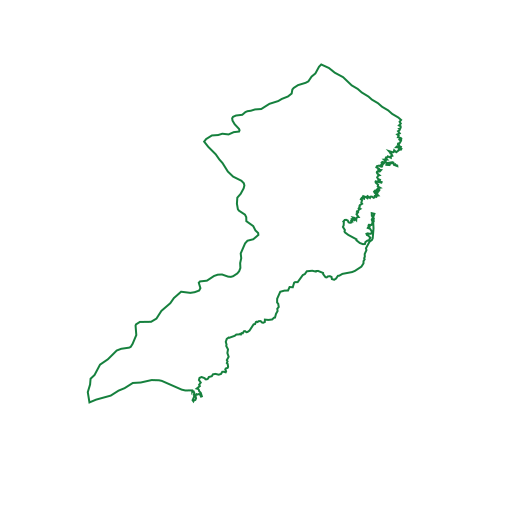 outline of Sabana de la Mar, Hato Mayor, Dominican Republic, rotated 114°
{"feature_id": "3306468B29734552826956", "entity_name": "Sabana de la Mar", "entity_type": "district", "adm_level": 2, "iso_a3": "DOM", "parent_name": "Dominican Republic", "parent_adm1": "Hato Mayor", "projection": "equal_earth", "projection_center": [-69.405, 19.01], "detail": "fine", "context": "isolated", "style": "outline", "palette": "green", "viewbox_px": 512, "rotation_deg": 114, "n_neighbors": 0, "source": "geoboundaries", "source_scale": "gbopen_adm2", "svg_char_len": 6107}
<svg xmlns="http://www.w3.org/2000/svg" viewBox="0 0 512 512"><g transform="rotate(114 256 256)"><path d="M406.0,259.0L405.3,258.9L405.0,258.0L406.4,256.5L407.9,256.5L407.9,255.9L410.0,255.3L413.5,255.3L414.2,254.1L413.3,254.1L412.2,252.9L410.4,252.9L408.4,254.4L406.4,254.1L406.4,253.2L405.3,252.0L405.3,250.8L406.8,249.0L406.2,248.4L403.5,250.8L402.6,252.9L401.5,253.8L401.0,254.7L401.2,256.2L397.7,254.4L396.8,255.6L394.1,255.0L392.5,257.7L390.3,258.0L388.7,256.5L388.5,253.2L389.2,252.0L388.7,250.8L387.4,249.9L385.8,249.9L383.8,247.5L381.6,247.2L380.2,245.1L379.6,241.8L378.0,240.0L375.5,239.7L374.9,238.5L374.6,236.4L373.5,236.4L372.2,237.9L371.1,237.9L369.7,236.4L368.6,236.4L366.2,237.9L365.7,239.1L363.9,239.1L363.0,240.3L359.2,240.0L356.3,242.7L352.7,243.6L350.3,246.6L348.9,246.9L346.7,248.7L343.6,249.0L341.6,247.8L341.6,247.2L337.6,243.0L335.8,242.1L334.4,239.4L333.5,238.8L333.8,237.9L332.2,237.6L332.0,236.7L329.7,236.4L329.1,235.5L329.5,233.7L328.8,232.8L326.8,231.6L319.4,230.4L318.6,229.2L316.3,229.2L315.7,228.6L315.7,227.7L314.5,227.1L313.6,225.3L314.3,223.5L314.1,222.3L312.7,221.1L310.5,222.0L309.4,218.7L307.4,215.4L305.1,214.5L304.5,213.6L300.7,214.2L297.5,213.9L295.5,215.1L293.3,214.5L290.6,216.3L289.9,217.8L286.4,219.3L278.8,219.3L276.1,216.0L274.5,212.7L270.7,212.7L269.6,209.7L264.9,210.3L264.0,209.7L262.9,207.3L254.4,205.5L252.6,204.0L249.3,203.4L246.6,198.6L245.9,195.0L245.3,195.0L244.4,193.2L244.2,187.8L245.3,187.2L247.1,183.9L246.8,182.7L245.5,182.1L244.4,180.3L244.4,178.5L246.2,177.3L245.9,174.9L244.1,173.7L240.8,173.1L240.1,171.9L237.2,169.8L231.6,161.7L229.4,159.6L222.9,155.4L219.1,154.8L216.9,155.7L214.9,155.4L214.0,156.3L212.4,156.3L210.0,157.5L205.7,157.5L204.2,158.7L196.8,158.1L194.1,156.6L192.3,156.6L182.9,159.9L177.6,162.6L176.2,162.6L175.3,163.5L174.0,163.5L172.9,164.7L169.3,165.0L169.8,167.7L172.2,166.5L172.7,165.0L175.8,165.0L177.6,163.2L178.9,163.2L179.4,162.6L180.7,163.2L181.6,165.6L182.3,165.6L182.9,164.1L183.8,164.1L184.3,165.3L184.9,165.3L184.7,162.9L186.7,159.9L188.7,159.9L189.4,160.8L189.9,163.2L190.8,164.1L191.7,163.2L191.7,161.7L192.8,159.0L195.9,159.3L196.6,160.5L198.8,161.7L200.8,161.4L201.7,163.2L201.9,166.5L200.8,170.7L199.9,171.0L199.2,180.3L198.3,184.2L197.7,185.1L196.1,185.4L194.1,188.4L192.3,188.4L189.2,189.6L189.0,190.2L187.0,189.6L186.3,188.4L186.3,186.6L187.6,185.1L187.4,183.6L186.5,182.4L185.6,182.4L184.9,184.2L184.9,182.4L183.4,183.6L182.7,182.7L183.2,182.1L183.2,180.6L182.7,180.6L181.4,183.0L181.1,181.5L182.3,179.1L180.7,179.7L179.1,179.1L178.7,178.2L176.9,181.2L174.9,180.6L174.7,181.8L174.0,181.8L173.8,180.9L171.8,180.9L170.6,180.0L170.6,181.5L168.9,181.2L168.4,181.8L167.3,181.8L165.1,180.3L164.4,181.5L161.9,181.8L161.5,183.3L159.9,183.0L159.7,180.6L158.8,180.9L158.4,182.4L157.7,182.4L157.5,180.0L157.9,177.6L157.2,177.6L156.8,178.8L155.9,178.5L156.6,175.5L155.2,175.5L154.6,174.3L155.0,172.2L154.3,171.6L153.0,171.9L153.0,170.1L151.7,170.1L151.0,168.9L150.5,170.1L151.4,171.3L150.3,171.3L150.1,173.1L149.2,174.3L148.3,174.0L148.8,172.5L148.5,170.7L147.9,170.7L147.4,171.9L147.0,170.4L145.6,170.1L145.2,171.3L145.9,172.5L144.3,171.9L143.2,170.4L142.9,173.1L141.2,173.4L140.3,176.4L139.6,177.0L139.1,177.0L138.0,171.3L137.4,171.3L137.6,174.9L137.1,174.9L136.9,173.7L136.0,173.7L136.0,175.8L134.9,177.3L132.7,177.0L132.0,176.1L131.3,178.8L130.4,179.7L129.8,179.7L128.4,177.3L126.6,176.7L126.9,177.9L127.5,177.9L127.5,179.4L126.2,179.4L126.0,182.1L124.8,182.1L123.3,180.3L123.5,177.9L123.1,177.3L122.6,177.3L122.6,178.8L121.7,178.8L121.5,177.9L120.4,178.5L120.4,177.3L119.7,177.0L119.3,179.1L118.6,178.8L118.4,177.0L117.3,176.1L116.6,176.1L115.9,178.2L114.6,175.5L113.9,177.3L113.0,177.3L112.3,176.1L111.4,176.1L111.4,172.8L110.1,173.4L109.0,172.2L107.6,174.0L107.6,174.9L107.0,175.5L106.1,174.9L106.5,176.4L106.1,177.3L105.6,173.1L105.0,172.5L103.2,172.8L104.1,170.1L101.4,168.6L100.7,168.9L99.8,166.8L98.9,166.8L98.9,170.4L99.6,172.2L98.7,171.9L98.5,170.1L97.8,169.5L98.0,168.0L97.4,168.0L97.4,169.8L96.5,170.4L96.5,171.6L96.0,171.9L95.4,171.9L94.5,170.7L91.8,170.4L91.3,172.5L90.7,172.5L91.1,170.7L89.6,171.0L89.3,171.9L90.0,172.5L89.3,174.0L89.6,174.6L88.0,174.6L87.5,176.4L85.5,174.6L84.2,177.0L82.8,176.1L81.7,176.1L81.5,176.7L81.1,176.1L79.7,176.1L78.6,176.7L78.6,178.5L76.1,177.6L75.0,179.4L72.7,178.8L71.6,182.3L70.8,189.4L69.2,194.5L68.4,201.5L66.8,206.7L66.0,213.7L64.6,218.1L63.6,225.9L62.0,231.0L61.2,238.0L57.2,249.2L56.5,258.6L54.6,265.8L54.5,274.3L57.5,275.4L65.1,276.0L69.5,278.2L75.2,279.2L77.6,281.1L82.8,287.1L87.1,289.9L89.1,290.5L93.1,289.5L97.3,291.7L102.0,296.3L105.4,298.7L111.5,305.6L119.6,311.0L122.5,316.5L125.4,319.8L127.2,322.7L128.8,324.2L132.6,326.0L135.8,331.4L138.2,333.6L139.9,333.8L141.9,332.5L144.3,329.1L146.8,323.2L147.8,322.2L149.2,322.1L151.9,326.7L156.1,330.5L158.0,336.5L160.9,339.8L163.8,345.3L169.4,349.1L172.6,349.9L175.7,344.0L179.5,334.1L182.7,328.8L184.7,324.4L190.3,316.1L192.8,309.2L193.2,299.9L194.5,296.7L196.3,295.3L199.3,294.8L205.5,295.3L210.3,296.8L216.0,294.7L220.6,291.6L221.5,290.1L222.7,282.9L224.5,280.7L228.1,279.0L229.8,270.7L232.9,266.9L234.1,263.4L235.8,262.4L241.8,265.3L245.5,270.0L248.9,271.1L259.9,271.0L264.0,268.6L268.9,267.6L273.3,265.4L276.8,265.2L279.6,266.0L283.8,268.7L285.3,270.5L286.2,273.1L286.7,279.5L288.6,283.3L291.3,286.2L298.5,290.8L302.0,296.8L303.7,297.4L308.0,293.7L310.7,293.9L314.0,297.3L316.4,301.0L319.1,309.9L327.8,313.9L334.0,315.1L344.6,320.1L353.7,321.5L358.8,325.1L363.5,335.3L367.3,337.8L368.6,337.7L376.9,333.2L386.5,333.0L390.0,333.5L391.3,334.6L395.6,341.4L399.0,344.8L410.6,349.3L418.7,354.3L430.4,355.1L435.4,357.2L440.9,355.3L448.8,354.3L457.5,348.6L452.2,343.6L442.6,331.9L434.9,326.8L430.2,322.3L422.1,316.9L418.5,309.9L411.8,300.9L409.0,294.1L408.4,291.3L408.3,269.5L407.6,265.9L404.7,259.6L406.0,259.0ZM118.6,171.0L117.9,171.0L118.1,172.5L117.7,174.3L118.1,174.6L119.7,174.0L118.6,171.0ZM115.5,168.6L114.8,168.6L114.8,169.5L116.6,172.2L116.6,170.7L115.5,168.6ZM116.4,163.5L115.9,163.8L116.1,165.3L115.5,166.2L116.1,167.4L116.6,167.1L116.4,163.5Z" fill="none" stroke="#15803d" stroke-width="2"/></g></svg>